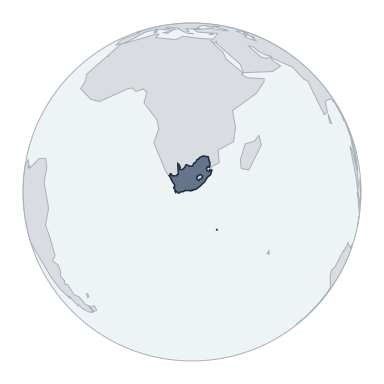 globe centered on South Africa
{"feature_id": "ZAF", "entity_name": "South Africa", "entity_type": "country or territory", "adm_level": 0, "iso_a3": "ZAF", "parent_name": "Africa", "parent_adm1": "", "projection": "orthographic", "projection_center": [25.295, -34.555], "detail": "fine", "context": "on_globe", "style": "filled", "palette": "slate", "viewbox_px": 384, "rotation_deg": 0, "n_neighbors": 0, "source": "natural_earth", "source_scale": "50m", "svg_char_len": 8679}
<svg xmlns="http://www.w3.org/2000/svg" viewBox="0 0 384 384"><circle cx="192" cy="192" r="169" fill="#eef3f6" stroke="#a8b0b8"/><path d="M25.3,164.6L25.4,165.0L28.1,159.7L28.7,163.4L28.1,168.3L29.7,166.0L29.7,168.4L38.7,158.9L45.6,158.3L46.9,167.0L44.1,182.5L48.6,208.2L45.5,225.1L49.4,235.9L55.1,255.7L52.6,260.9L58.2,265.0L60.8,271.9L60.5,276.2L64.6,280.9L64.6,283.9L67.6,284.6L73.8,294.4L79.3,297.1L85.4,304.4L89.0,305.7L89.0,306.9L90.7,309.2L92.9,310.5L90.2,312.5L82.4,308.5L78.2,304.4L78.1,305.7L68.4,295.7L70.6,299.0L59.0,287.8L50.4,276.1L33.7,247.6L31.9,244.3L31.6,245.2L27.9,232.2L25.2,218.8L23.6,205.3L23.0,191.7L23.6,178.1L25.3,164.6ZM96.7,310.1L91.5,312.9L93.5,311.0L89.7,306.6L94.4,305.9L96.7,310.1ZM87.8,297.8L86.5,293.8L87.7,293.8L88.9,296.5L87.8,297.8ZM166.9,24.9L167.4,24.9L182.3,23.3L185.2,23.2L185.3,23.2L197.6,23.1L209.9,24.0L222.1,25.7L234.1,28.4L245.9,31.9L257.4,36.2L268.6,41.4L279.3,47.4L289.6,54.1L299.4,61.6L308.6,69.7L317.2,78.5L325.1,87.9L332.3,97.9L338.8,108.4L344.5,119.3L349.4,130.6L353.4,142.2L356.6,154.1L356.5,154.5L355.8,151.3L350.6,135.3L352.2,143.5L356.3,158.2L357.8,170.5L355.8,162.3L354.0,151.4L352.1,145.4L350.8,137.7L345.6,123.0L343.5,120.4L341.9,115.9L334.5,102.4L330.4,98.7L325.2,101.1L327.4,112.3L324.3,114.6L313.2,92.3L307.7,80.8L304.0,79.3L292.3,67.0L272.9,58.4L269.9,55.6L266.3,55.2L258.0,51.0L253.3,46.9L248.4,45.9L260.9,57.0L266.1,58.4L270.1,56.6L272.6,60.4L280.6,66.1L272.6,71.5L243.5,72.7L240.3,64.3L216.2,43.1L216.7,41.4L216.6,41.2L216.3,40.9L214.4,43.5L210.2,40.3L223.4,52.8L225.8,58.8L243.1,73.1L241.5,74.2L247.0,77.8L264.0,78.6L264.1,81.5L256.3,93.4L232.5,110.6L235.5,127.1L233.5,141.6L218.2,150.2L219.2,162.8L211.3,166.8L210.6,174.3L204.0,182.2L193.2,190.2L175.2,191.3L174.3,184.1L165.7,171.4L153.8,142.7L158.6,129.2L157.1,120.0L144.0,102.8L146.9,92.3L143.3,89.0L136.0,91.5L131.9,87.9L127.4,88.9L99.6,101.5L91.0,99.4L80.7,88.7L85.7,80.5L86.5,74.3L120.9,44.2L128.3,42.3L155.5,34.3L158.9,34.2L155.8,37.7L176.2,39.6L182.7,36.2L201.2,38.5L213.4,39.1L217.6,33.4L197.5,32.1L194.0,29.6L209.9,28.4L227.4,30.9L226.6,30.0L215.5,27.0L219.4,26.6L211.6,26.1L214.8,27.0L210.0,27.0L206.8,26.2L208.3,25.9L203.0,25.4L197.2,27.3L199.8,28.5L186.0,29.0L189.1,31.1L185.3,32.4L178.8,29.3L179.4,28.2L167.2,27.0L165.3,28.0L176.7,29.5L173.2,29.6L170.7,31.8L169.8,30.2L157.9,29.0L145.4,32.1L129.5,40.7L122.2,43.6L116.0,45.1L121.7,39.4L137.4,33.7L139.7,32.3L136.4,32.6L141.5,31.1L142.1,30.7L148.0,29.1L156.3,26.9L162.3,25.7L163.0,25.6L166.9,24.9ZM109.3,55.3L108.4,57.0L109.3,55.3ZM246.3,37.7L256.5,40.9L251.2,36.7L254.7,37.8L251.7,36.2L250.8,36.4L243.2,32.7L247.4,33.5L245.8,32.5L242.3,31.4L235.9,30.8L246.7,35.8L244.6,36.3L246.3,37.7ZM150.7,28.2L151.0,28.1L149.3,28.6L136.1,32.6L141.4,30.8L140.5,31.1L150.7,28.2ZM162.7,32.6L165.3,32.3L169.5,31.7L168.0,33.3L162.7,32.6ZM154.4,31.6L156.8,31.1L156.7,32.6L154.0,33.0L154.4,31.6ZM158.1,29.7L156.9,30.9L156.0,30.5L158.1,29.7ZM214.1,34.0L210.6,34.8L208.8,34.2L210.3,34.0L214.1,34.0ZM188.2,33.0L194.1,33.7L187.7,33.4L188.2,33.0ZM269.1,250.6L269.2,254.3L267.0,253.3L269.1,250.6ZM261.4,144.9L248.9,170.0L241.2,168.5L240.3,159.8L245.2,143.9L254.3,141.3L258.9,135.3L261.4,144.9ZM358.3,221.2L357.6,225.1L357.5,225.6L358.3,221.2ZM359.0,215.4L358.6,219.4L358.8,216.2L359.0,215.4ZM358.1,223.1L358.4,221.0L358.2,222.6L358.1,223.1ZM359.2,212.9L358.2,199.2L357.2,192.2L357.9,191.0L359.4,200.1L359.2,212.9ZM357.8,190.5L355.8,175.8L350.0,146.1L352.2,150.1L357.6,172.7L357.3,174.0L358.6,184.2L357.8,190.5ZM360.8,198.3L360.5,203.2L360.4,195.1L360.1,190.7L359.9,180.4L360.0,177.7L360.4,180.6L360.5,179.9L360.8,198.3ZM328.1,113.9L331.7,123.5L329.7,122.9L328.1,113.9ZM297.2,323.4L303.5,318.5L299.2,322.5L295.7,324.9L297.2,323.4ZM303.4,319.0L304.5,318.0L307.8,315.0L307.9,314.6L312.3,310.0L320.4,301.4L320.3,301.1L323.0,298.4L321.6,299.4L326.6,293.3L330.5,287.3L330.1,275.7L331.7,269.8L335.0,266.9L343.6,250.3L343.4,252.1L348.1,242.8L350.3,247.6L353.0,243.2L348.6,255.5L343.2,267.4L336.9,278.9L329.7,289.9L321.7,300.3L312.9,310.0L303.4,319.0Z" fill="#d9dde1" stroke="#a8b0b8" stroke-width="1"/><path d="M203.1,156.1L203.9,156.0L204.6,156.1L205.3,156.4L206.1,156.6L206.8,156.5L207.3,156.5L207.7,156.6L208.1,156.7L208.3,156.9L208.3,157.1L208.4,157.5L208.6,158.2L208.7,158.7L208.9,159.5L208.8,159.9L208.9,160.1L209.0,160.3L209.2,160.7L209.3,160.9L209.3,161.0L209.5,161.3L209.6,161.7L209.7,162.3L209.8,162.6L209.9,163.0L209.9,163.5L209.9,164.1L209.8,164.8L209.8,165.3L209.8,165.6L209.7,166.4L209.6,166.8L209.6,167.1L209.6,167.3L209.4,167.4L208.8,167.0L208.2,166.6L207.7,166.9L207.3,167.3L207.2,167.6L206.9,167.9L206.5,168.5L206.5,169.1L206.5,169.5L206.8,170.0L207.1,170.5L207.6,170.9L208.1,171.1L208.9,171.2L209.4,171.3L209.4,170.9L209.5,170.3L209.6,169.8L209.8,169.9L210.1,169.9L210.5,170.0L210.8,170.0L211.1,170.1L211.6,170.1L211.9,170.1L211.8,170.8L211.3,171.8L211.2,172.3L210.8,174.0L210.3,174.8L210.1,175.2L209.3,175.8L209.2,175.9L208.7,176.0L207.5,177.2L207.0,177.8L206.6,178.7L206.2,179.2L205.6,180.2L205.1,181.0L204.6,181.7L203.8,182.7L203.4,183.0L203.2,183.2L202.5,183.7L201.6,184.7L200.9,185.5L199.8,186.4L199.2,186.8L198.3,187.7L198.1,187.8L197.1,188.5L196.4,189.0L195.2,189.5L194.8,189.7L193.7,189.5L193.3,189.6L192.9,189.9L192.8,190.4L192.7,190.5L192.4,190.4L191.7,190.2L191.3,190.3L191.0,190.5L190.9,190.9L190.3,190.9L189.3,190.6L188.1,190.4L187.8,190.4L187.2,190.6L186.2,190.6L185.7,190.5L185.3,190.5L185.0,190.6L184.6,190.7L183.5,191.6L182.9,191.6L182.4,191.8L182.2,191.8L181.7,191.7L181.3,191.7L181.0,191.9L180.4,192.0L180.2,192.1L179.2,193.0L178.8,193.0L178.3,193.0L177.7,192.6L177.5,192.2L177.4,192.1L177.1,192.0L176.9,191.9L176.6,191.9L176.3,191.9L176.3,191.7L176.3,191.4L176.2,191.2L175.9,191.1L175.7,191.1L175.4,191.2L175.4,191.4L175.4,191.9L175.1,191.5L175.0,191.2L175.1,190.8L175.3,190.6L175.3,190.3L175.2,190.1L174.9,189.5L174.7,189.3L174.5,189.1L174.2,188.7L173.9,188.2L173.7,188.0L173.6,187.6L173.7,187.4L173.9,187.2L174.1,187.4L174.3,187.3L174.6,187.0L174.7,186.6L174.7,185.9L174.6,185.4L174.3,184.3L174.1,184.1L173.5,183.3L172.8,182.3L171.9,180.7L171.4,179.7L170.6,177.7L170.0,176.6L169.3,175.6L169.2,175.5L169.3,175.4L169.6,175.1L169.8,175.0L170.0,174.8L170.0,174.6L170.0,174.4L170.2,174.0L170.3,173.8L170.6,173.7L170.9,173.8L171.0,173.9L171.0,174.1L171.3,174.2L171.5,174.3L171.5,174.6L171.4,174.8L171.5,175.0L171.7,175.3L171.8,175.5L172.2,175.6L172.4,175.7L172.8,175.7L173.1,175.8L173.5,175.9L174.0,175.9L174.7,175.8L175.4,175.8L175.9,175.9L176.2,175.9L176.4,175.8L176.5,175.7L176.6,175.3L176.8,175.3L177.0,175.1L177.1,174.8L177.4,174.6L178.0,174.4L178.2,174.0L178.2,172.7L178.1,171.4L178.1,170.1L178.0,168.8L177.9,167.5L177.9,166.2L177.8,164.9L177.8,163.7L177.9,163.8L178.8,164.4L179.0,164.7L179.2,164.9L179.5,165.7L179.8,166.4L180.1,166.9L180.1,167.1L180.1,167.4L180.2,167.5L180.0,167.9L179.9,168.1L179.7,168.4L179.7,168.8L179.8,169.3L179.9,169.5L180.0,169.6L180.4,169.5L180.6,169.5L180.9,169.6L181.9,169.5L182.0,169.5L182.4,169.5L182.5,169.5L182.6,169.4L182.8,169.1L183.1,168.9L183.3,168.9L183.6,168.7L183.9,168.1L184.5,167.6L184.9,167.3L185.0,167.2L185.2,166.5L185.4,166.0L185.4,165.8L185.6,165.4L185.8,165.1L186.0,164.9L186.3,164.9L186.6,164.8L186.9,164.9L187.3,165.0L187.7,165.3L188.1,165.6L188.3,165.7L188.5,165.8L188.8,165.8L189.1,165.8L189.4,166.1L189.6,166.1L190.0,166.2L190.5,166.3L190.9,166.3L191.2,166.2L191.5,166.1L191.8,166.2L192.1,166.1L192.4,166.0L192.6,165.9L192.8,165.7L193.0,165.2L193.1,164.8L193.3,164.4L193.5,163.8L193.6,163.3L193.7,163.2L194.0,163.1L195.0,162.8L195.2,162.6L195.6,162.2L195.9,161.9L196.1,161.8L196.5,160.4L196.6,160.2L196.8,159.9L197.0,159.7L197.3,159.6L197.5,159.4L198.0,159.3L198.1,159.2L198.4,158.9L198.6,158.9L198.7,158.7L198.8,158.6L199.0,158.5L199.2,158.3L199.2,158.2L199.4,157.9L199.9,157.4L200.4,157.1L200.8,157.1L201.3,157.0L201.7,156.8L201.9,156.6L202.1,156.3L202.5,156.1L203.1,156.1ZM200.8,179.0L201.2,178.9L201.4,178.8L201.5,178.7L201.8,178.2L201.8,177.9L202.0,177.8L202.1,177.7L202.4,177.2L202.5,176.8L202.5,176.7L202.4,176.3L202.3,176.1L202.2,176.1L202.0,175.9L201.7,175.7L201.4,175.5L201.2,175.2L200.9,174.9L200.7,174.6L200.2,174.6L199.6,174.9L199.2,175.1L198.9,175.4L198.5,175.5L198.3,175.5L198.1,175.9L197.9,176.1L197.7,176.4L197.6,176.5L197.5,176.8L197.3,177.0L197.1,177.2L196.9,177.3L196.6,177.4L196.5,177.5L196.6,177.9L196.7,178.2L196.8,178.5L197.0,178.7L197.1,178.9L197.3,179.1L197.2,179.4L197.3,179.5L197.6,179.7L197.6,179.8L197.8,180.0L198.0,180.2L198.2,180.4L198.6,180.5L198.9,180.6L199.0,180.5L199.1,180.4L199.2,180.2L199.3,179.9L199.7,179.3L199.9,179.1L200.0,179.1L200.4,179.1L200.5,179.1L200.8,179.0ZM217.1,229.8L216.6,229.8L216.6,229.6L216.8,229.4L217.0,229.5L217.1,229.8Z" fill="#64748b" stroke="#1e293b" stroke-width="1.5"/></svg>